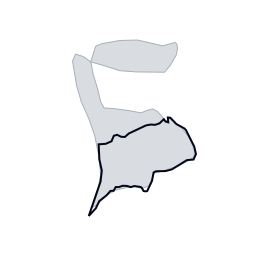 Brunei, with Belait highlighted, rotated 287°
{"feature_id": "BRN-1181", "entity_name": "Belait", "entity_type": "District", "adm_level": 1, "iso_a3": "BRN", "parent_name": "Brunei", "parent_adm1": "", "projection": "orthographic", "projection_center": [114.479, 4.349], "detail": "coarse", "context": "in_parent", "style": "outline", "palette": "ink", "viewbox_px": 256, "rotation_deg": 287, "n_neighbors": 0, "source": "natural_earth", "source_scale": "10m", "svg_char_len": 1444}
<svg xmlns="http://www.w3.org/2000/svg" viewBox="0 0 256 256"><g transform="rotate(287 128 128)"><path d="M180.3,73.1L168.5,79.4L157.0,87.2L145.4,94.0L140.1,99.3L142.0,106.8L144.8,123.2L146.3,136.0L150.4,141.1L153.5,146.2L152.2,151.8L145.4,162.5L149.3,164.5L144.3,178.6L137.0,189.1L126.8,197.6L120.2,199.6L114.9,195.9L106.3,186.6L96.9,173.6L92.5,166.1L79.1,165.1L74.3,159.1L74.0,151.8L70.2,143.2L64.8,134.0L56.9,126.9L46.3,121.4L41.8,117.4L58.2,117.7L75.7,115.4L93.7,107.7L111.0,98.4L125.5,87.8L139.2,75.8L153.6,66.4L175.8,55.4L183.3,56.2L183.3,64.0L180.3,73.1ZM196.6,73.1L200.7,77.8L209.3,94.6L214.9,111.4L216.7,137.1L223.6,148.0L222.5,150.2L218.4,152.1L212.1,152.8L201.1,150.4L192.0,146.6L183.9,118.9L180.4,103.2L180.6,84.4L180.3,73.1L196.6,73.1Z" fill="#d9dde1" stroke="#a8b0b8" stroke-width="1"/><path d="M84.5,166.4L73.3,164.8L72.6,163.5L72.3,161.3L74.8,158.7L75.3,157.3L74.3,150.9L72.3,147.9L72.3,143.9L71.2,139.8L68.9,136.6L67.9,133.5L63.8,132.6L62.7,129.6L57.4,127.2L49.7,121.9L41.8,120.7L32.4,116.2L68.8,117.4L79.6,115.4L89.6,109.8L103.8,104.7L106.4,111.4L110.5,116.1L116.4,116.7L118.3,119.6L117.6,124.0L118.5,127.6L123.0,130.4L135.7,144.4L137.9,148.6L139.0,153.1L141.7,156.8L146.9,159.7L145.2,161.9L145.2,164.8L149.7,163.0L150.2,165.5L145.9,173.1L144.1,181.9L143.0,184.0L129.7,196.7L123.0,200.6L117.0,199.9L114.5,193.7L101.3,182.1L97.8,176.5L94.8,167.4L93.0,165.5L84.5,166.4Z" fill="none" stroke="#020617" stroke-width="2"/></g></svg>